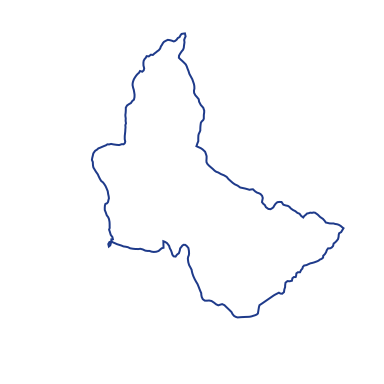 the district of Cariri do Tocantins, Tocantins, Brazil, rotated 143°
{"feature_id": "56859067B90473711295320", "entity_name": "Cariri do Tocantins", "entity_type": "district", "adm_level": 2, "iso_a3": "BRA", "parent_name": "Brazil", "parent_adm1": "Tocantins", "projection": "equal_earth", "projection_center": [-49.215, -11.947], "detail": "fine", "context": "isolated", "style": "outline", "palette": "blue", "viewbox_px": 384, "rotation_deg": 143, "n_neighbors": 0, "source": "geoboundaries", "source_scale": "gbopen_adm2", "svg_char_len": 5170}
<svg xmlns="http://www.w3.org/2000/svg" viewBox="0 0 384 384"><g transform="rotate(143 192 192)"><path d="M286.1,201.1L285.5,199.4L284.6,197.9L283.3,195.5L281.8,193.4L280.6,191.7L279.5,189.8L277.8,188.1L276.4,186.5L275.3,184.3L273.5,182.4L271.7,180.7L270.4,179.7L269.2,178.7L267.5,177.8L265.9,175.8L264.6,173.3L262.9,171.6L261.4,170.5L260.2,168.7L258.6,167.1L256.5,165.8L254.2,165.0L251.8,165.2L250.1,165.3L248.3,164.6L244.5,169.9L243.5,168.3L242.7,166.1L242.7,162.8L243.6,160.3L243.9,158.1L244.6,155.8L245.4,153.8L245.4,151.7L244.0,150.3L241.7,151.0L239.3,151.0L237.0,152.6L235.4,154.1L233.7,154.5L232.0,155.0L230.5,154.9L229.2,153.8L228.7,151.9L228.6,149.4L229.9,146.8L231.4,144.6L232.6,143.4L234.0,142.6L235.4,141.3L236.3,139.8L237.3,138.0L238.3,135.3L238.7,132.5L239.1,130.2L239.9,128.6L240.7,126.7L241.6,123.9L242.3,120.7L242.7,118.0L243.0,115.1L243.8,112.1L244.4,110.0L245.0,107.8L245.5,105.7L246.5,104.2L247.4,102.3L247.9,99.9L247.2,97.6L245.6,96.3L243.7,95.1L242.0,93.2L241.0,90.4L240.3,87.7L239.2,85.7L237.2,85.0L235.4,84.3L234.2,82.1L233.9,80.0L232.7,72.5L233.1,70.0L233.0,67.8L232.3,66.1L231.1,64.4L229.2,63.2L227.8,62.3L226.2,61.2L224.4,60.0L222.6,58.7L220.9,57.6L219.2,56.8L217.7,56.3L216.1,55.7L214.2,55.2L212.5,55.3L207.8,59.8L206.2,61.0L203.1,60.8L189.0,60.2L187.3,60.0L183.2,59.3L182.5,57.7L181.2,56.5L178.8,56.7L176.9,58.6L174.9,60.0L173.7,61.5L171.9,63.3L169.4,63.4L167.7,61.9L165.6,61.0L163.7,62.7L161.9,62.8L160.4,61.7L159.1,62.6L157.6,64.2L155.8,64.2L154.0,62.9L151.9,64.0L149.9,64.4L148.5,65.5L146.7,65.8L144.5,64.7L142.5,64.3L140.4,63.8L138.7,63.0L136.9,62.3L135.3,61.8L133.6,61.3L132.2,61.0L130.7,61.1L128.8,60.6L126.8,60.7L125.6,62.1L123.3,62.4L121.2,63.2L119.4,64.4L117.3,65.1L115.4,63.8L113.7,63.6L111.8,64.0L109.9,65.6L108.0,65.6L106.0,65.9L103.7,66.5L101.9,68.0L100.6,69.5L99.3,70.5L97.0,70.2L95.3,70.9L92.8,71.9L93.3,73.6L93.7,75.5L94.6,77.6L95.6,79.0L96.9,80.3L97.9,81.7L99.5,82.9L101.0,84.1L102.3,85.7L103.5,87.1L103.4,89.1L103.6,91.7L104.7,94.9L105.2,98.3L106.2,101.4L107.3,102.5L108.7,103.1L110.1,104.4L111.5,104.8L113.1,105.6L115.1,105.3L116.6,105.3L118.5,104.7L119.2,107.2L119.2,109.9L120.4,111.9L121.0,114.5L122.2,116.9L123.0,119.5L123.1,121.4L123.8,123.2L125.2,124.8L126.7,126.9L126.5,130.1L128.2,131.5L130.0,132.5L132.4,132.3L134.5,131.6L136.3,130.8L137.8,130.8L139.6,131.0L141.2,132.5L142.1,135.4L141.7,137.8L142.2,139.8L142.2,141.8L140.8,143.1L139.1,144.6L138.3,146.8L138.5,149.1L139.4,150.9L140.4,152.3L141.2,154.5L141.7,157.5L143.3,158.5L144.8,159.2L145.8,160.6L147.5,162.8L149.4,165.0L150.8,166.6L151.7,169.6L153.2,172.4L154.0,174.9L154.5,177.4L155.1,180.4L155.2,183.2L156.4,186.1L158.1,188.9L159.3,191.8L160.5,193.6L161.1,195.4L161.5,197.9L162.1,200.6L162.6,203.0L162.8,205.2L162.5,207.0L161.6,208.4L160.2,210.0L158.8,211.8L158.1,213.7L157.3,216.3L157.9,219.7L158.6,221.7L160.9,225.9L158.4,227.6L156.4,228.8L154.7,231.1L152.8,233.4L151.5,234.4L149.9,235.2L148.4,236.1L147.0,237.9L145.9,239.2L144.8,240.4L143.3,241.9L141.8,242.5L139.8,242.7L138.5,243.4L137.5,244.7L136.2,246.4L134.5,248.1L133.3,249.6L132.3,252.5L132.6,256.3L132.0,259.8L130.8,262.1L130.9,264.6L131.1,267.2L130.7,269.8L129.5,271.7L127.8,273.2L126.4,275.2L125.5,277.0L124.7,279.4L123.9,281.9L123.4,285.2L123.0,287.9L122.0,290.7L121.3,293.3L120.6,295.5L120.2,297.6L120.5,300.0L120.9,302.5L121.4,304.9L121.7,307.1L120.3,308.7L118.3,309.6L116.3,310.3L114.9,310.7L113.5,311.0L111.8,312.1L110.5,313.5L109.4,314.6L107.9,316.1L106.7,318.2L105.2,319.2L103.5,320.1L102.2,322.9L103.8,323.8L105.2,324.5L106.9,324.1L108.7,323.2L110.8,323.5L112.5,322.9L114.5,322.8L115.9,323.2L117.2,325.2L118.4,326.7L119.8,328.1L121.8,328.5L124.0,328.8L125.7,328.4L127.4,327.6L129.2,327.0L131.2,325.7L133.4,325.2L134.9,325.3L136.4,325.2L138.8,325.2L140.8,325.0L142.2,326.4L144.9,326.3L146.5,327.8L148.2,327.0L149.8,326.7L151.6,325.9L153.0,324.5L154.6,322.3L155.8,319.5L157.4,318.2L159.3,318.0L160.7,319.9L162.6,319.1L164.4,319.0L166.3,318.6L168.7,317.8L170.6,317.0L172.6,315.7L173.9,314.6L175.1,313.2L176.2,310.9L177.0,308.7L178.0,306.7L179.3,304.3L180.9,302.3L182.8,300.7L184.9,300.6L187.3,299.8L189.5,300.1L191.8,300.2L194.1,299.2L195.7,297.1L197.4,295.1L198.9,293.6L199.8,292.2L200.6,290.7L202.2,288.8L203.4,286.6L205.0,285.5L206.2,283.6L207.4,282.3L208.8,280.6L210.3,279.0L212.0,277.2L213.9,274.7L215.0,272.4L216.4,271.4L217.9,271.3L219.4,272.5L221.9,273.3L223.9,275.1L226.0,277.2L227.7,279.1L229.6,279.9L230.9,281.0L232.7,281.1L234.8,281.7L236.8,282.2L238.9,282.7L240.5,283.2L242.3,283.0L244.5,283.2L246.2,282.7L247.6,282.2L248.9,281.1L251.1,279.3L252.6,277.9L253.2,275.6L254.3,274.0L255.2,272.6L256.0,270.9L256.2,268.9L256.5,266.2L256.6,262.8L257.1,260.7L257.6,258.1L257.9,255.5L257.3,253.2L257.3,250.9L257.5,248.7L258.0,246.5L258.8,243.4L260.2,240.8L261.2,238.6L262.2,236.9L263.8,235.7L265.0,234.6L266.6,234.1L268.3,234.6L269.6,233.7L271.1,232.0L272.5,230.1L273.2,227.5L274.1,224.7L274.1,222.3L274.6,220.3L275.9,217.7L277.2,215.8L278.4,214.2L279.4,212.8L280.9,211.8L281.5,209.9L282.7,206.7L282.7,203.9L283.6,201.9L284.9,202.7L286.1,201.1ZM286.1,201.1L288.1,201.7L290.2,200.8L291.2,198.5L289.4,198.6L287.9,199.7L286.1,201.1Z" fill="none" stroke="#1e3a8a" stroke-width="2"/></g></svg>